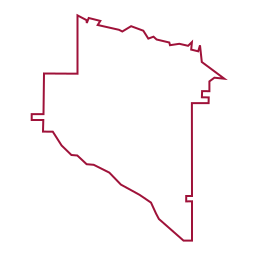 outline of Appling, Georgia, United States of America
{"feature_id": "52423323B88346706041941", "entity_name": "Appling", "entity_type": "district", "adm_level": 2, "iso_a3": "USA", "parent_name": "United States of America", "parent_adm1": "Georgia", "projection": "robinson", "projection_center": [-82.264, 31.719], "detail": "fine", "context": "isolated", "style": "outline", "palette": "rose", "viewbox_px": 256, "rotation_deg": 0, "n_neighbors": 0, "source": "geoboundaries", "source_scale": "gbopen_adm2", "svg_char_len": 773}
<svg xmlns="http://www.w3.org/2000/svg" viewBox="0 0 256 256"><path d="M224.3,78.7L201.8,62.0L200.0,45.3L198.2,51.3L191.2,49.6L191.9,42.1L188.1,45.8L179.3,43.8L170.0,45.2L169.3,42.5L156.6,39.5L153.5,36.7L148.3,38.6L143.3,30.7L131.1,26.2L122.3,31.5L119.0,29.8L97.7,25.0L100.3,20.9L88.7,18.0L86.8,23.0L86.5,20.1L77.5,15.4L77.5,73.7L44.0,73.5L43.5,114.1L31.7,114.1L31.7,120.0L43.3,120.0L43.0,131.6L52.8,131.7L61.6,145.5L71.4,155.0L77.3,155.5L86.6,164.2L93.7,164.8L109.3,172.6L120.9,184.6L139.5,194.8L151.0,202.6L156.0,213.5L158.9,219.0L183.5,240.6L192.0,240.6L192.0,201.3L186.2,201.4L186.2,196.0L192.0,196.0L191.9,110.0L191.9,103.1L208.6,103.1L208.7,97.4L201.9,97.3L202.1,91.1L209.4,91.2L209.4,81.4L214.4,77.7L224.3,78.7Z" fill="none" stroke="#9f1239" stroke-width="2"/></svg>